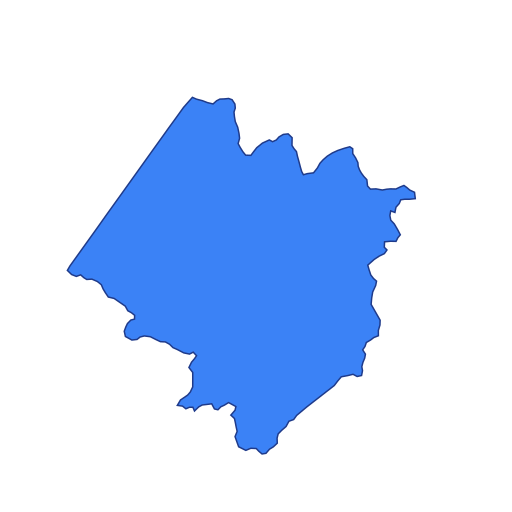 outline of Rio das Flores, Rio de Janeiro, Brazil, rotated 227°
{"feature_id": "56859067B25860438297690", "entity_name": "Rio das Flores", "entity_type": "district", "adm_level": 2, "iso_a3": "BRA", "parent_name": "Brazil", "parent_adm1": "Rio de Janeiro", "projection": "robinson", "projection_center": [-43.554, -22.17], "detail": "fine", "context": "isolated", "style": "filled", "palette": "blue", "viewbox_px": 512, "rotation_deg": 227, "n_neighbors": 0, "source": "geoboundaries", "source_scale": "gbopen_adm2", "svg_char_len": 2890}
<svg xmlns="http://www.w3.org/2000/svg" viewBox="0 0 512 512"><g transform="rotate(227 256 256)"><path d="M192.1,100.5L190.8,104.1L188.4,106.7L184.6,105.3L184.7,111.3L183.7,115.1L181.2,118.5L178.1,122.8L172.5,121.3L169.5,123.3L169.7,127.5L168.5,131.1L167.5,136.0L163.0,137.5L159.6,138.6L157.5,135.5L156.8,129.1L151.8,129.4L148.3,127.3L144.5,124.9L140.6,122.6L138.2,117.5L132.7,115.1L128.3,113.2L120.8,116.0L118.9,121.1L115.0,124.9L111.4,124.9L107.1,125.4L104.9,128.7L105.5,134.1L104.6,138.5L104.6,143.9L108.4,147.2L110.8,150.9L111.0,156.0L110.8,161.7L112.7,167.4L110.7,172.0L111.7,177.0L111.0,190.1L107.9,224.9L108.9,230.8L109.5,236.0L106.0,241.5L103.3,246.3L98.9,247.8L96.6,251.7L99.5,255.7L102.9,257.9L105.3,261.7L107.2,265.9L109.6,269.1L114.6,270.0L115.5,274.0L117.5,277.7L116.4,282.6L116.0,286.6L114.2,291.1L118.1,294.7L121.0,299.6L124.4,303.0L142.1,307.2L146.5,312.1L150.1,316.8L152.8,323.4L155.4,327.0L159.4,326.6L163.8,327.0L168.8,329.3L173.1,331.5L172.9,340.0L171.9,346.0L170.2,351.5L171.1,355.9L174.9,355.8L178.7,359.7L175.0,364.5L171.2,368.4L172.6,372.1L173.1,376.0L178.5,377.5L185.1,379.0L190.3,379.0L194.3,381.5L197.1,385.3L193.1,387.3L196.2,391.6L196.7,396.6L198.4,400.2L196.0,403.6L192.8,407.0L189.3,411.6L194.5,415.4L199.4,413.4L203.3,413.0L206.7,412.3L208.1,408.7L209.6,404.0L213.5,400.0L215.8,397.0L218.1,393.4L223.2,389.6L226.9,385.3L231.1,385.3L236.2,389.1L240.7,389.1L244.9,389.6L248.2,390.4L251.9,391.9L254.8,394.2L259.7,395.7L264.9,396.6L268.5,399.9L271.9,399.1L274.5,394.2L277.4,387.8L279.3,382.1L280.4,376.3L280.6,370.7L280.2,366.0L278.5,360.9L277.6,354.8L281.3,349.6L283.1,346.1L286.6,347.0L290.6,349.0L295.6,351.7L300.6,354.3L304.8,356.8L308.6,357.0L312.3,357.7L317.9,363.1L323.4,362.8L326.3,358.9L327.4,354.0L327.0,350.0L328.3,346.1L331.8,344.9L334.2,337.7L334.7,330.4L334.0,326.0L333.1,320.9L336.8,317.2L341.2,317.5L346.3,318.5L350.4,319.6L353.3,324.3L357.3,327.2L362.6,330.4L368.4,332.5L372.8,335.4L376.3,338.1L378.3,341.7L381.5,344.2L386.6,345.1L389.9,343.4L392.3,340.2L395.4,336.6L396.4,333.0L396.5,328.3L401.3,325.1L406.0,322.8L411.4,319.4L415.4,317.7L414.1,304.4L411.2,289.8L409.2,279.4L407.7,272.1L404.1,254.1L394.1,204.7L387.9,173.8L384.6,157.9L381.1,140.5L375.6,113.1L374.1,108.2L368.2,108.5L363.6,110.7L361.8,114.9L357.6,115.3L354.3,116.2L351.0,120.2L345.5,122.6L340.5,123.3L336.1,121.7L331.9,120.8L326.7,120.0L321.7,123.3L316.2,124.5L308.5,126.2L303.4,124.9L299.5,126.2L295.4,126.8L292.7,124.1L294.5,120.8L294.3,116.0L292.9,112.4L290.8,108.3L286.2,105.6L282.6,106.8L279.2,107.9L276.1,112.1L275.8,116.0L273.7,119.8L269.0,123.7L263.5,125.7L258.5,127.7L255.0,131.1L250.4,132.6L245.6,132.8L241.2,134.7L234.4,137.1L229.6,140.5L228.5,144.5L223.6,144.5L222.8,140.7L222.3,136.4L220.2,130.9L214.0,130.3L210.2,126.8L203.4,120.4L201.3,115.1L200.9,111.1L202.2,102.6L200.4,96.6L196.3,99.9L192.1,100.5Z" fill="#3b82f6" stroke="#1e3a8a" stroke-width="1.5"/></g></svg>